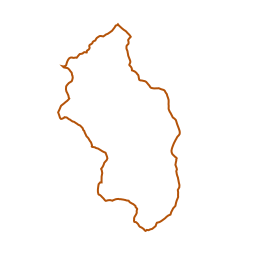 Khar, Pemagatsel, Bhutan, rotated 314°
{"feature_id": "84629894B26310020901724", "entity_name": "Khar", "entity_type": "district", "adm_level": 2, "iso_a3": "BTN", "parent_name": "Bhutan", "parent_adm1": "Pemagatsel", "projection": "natural_earth1", "projection_center": [91.394, 26.945], "detail": "fine", "context": "isolated", "style": "outline", "palette": "amber", "viewbox_px": 256, "rotation_deg": 314, "n_neighbors": 0, "source": "geoboundaries", "source_scale": "gbopen_adm2", "svg_char_len": 5269}
<svg xmlns="http://www.w3.org/2000/svg" viewBox="0 0 256 256"><g transform="rotate(314 128 128)"><path d="M132.1,192.0L132.3,191.7L132.9,190.9L133.3,190.0L133.7,189.2L134.1,188.4L134.4,187.7L135.1,187.3L135.9,186.7L137.2,185.9L137.9,185.5L138.2,185.3L138.7,184.7L139.3,184.4L139.8,184.3L140.1,184.0L140.2,183.2L140.0,182.5L140.0,181.5L140.0,179.7L140.0,178.2L140.2,177.7L140.5,177.0L140.9,176.2L141.8,175.1L143.5,174.0L145.1,173.2L147.7,172.1L149.3,171.5L152.0,170.7L152.9,170.4L154.0,170.2L155.1,169.8L156.2,169.6L157.1,169.6L158.0,169.6L158.7,169.5L159.6,169.3L160.1,168.9L161.0,168.1L161.8,167.0L162.7,165.3L163.2,164.3L164.0,162.6L165.0,160.5L166.5,157.8L166.8,157.2L167.0,156.7L167.0,155.8L167.0,154.9L166.9,153.9L166.8,153.4L166.7,152.9L167.4,151.0L167.7,150.1L168.3,148.4L168.7,146.7L169.5,144.8L170.0,143.9L172.3,141.8L173.3,140.6L174.8,139.3L176.4,137.7L177.5,135.8L178.5,133.7L179.3,132.5L179.5,131.3L179.9,129.7L180.3,128.6L180.3,128.0L180.1,127.1L179.3,125.6L178.8,124.6L178.4,123.5L178.2,123.1L178.0,122.5L177.4,122.0L176.4,121.0L174.6,119.3L173.7,118.0L173.0,116.9L172.9,116.3L172.9,115.5L173.0,114.8L173.3,114.2L173.4,113.4L173.4,112.5L173.6,111.3L173.7,110.0L173.8,109.0L173.4,107.6L172.7,106.5L171.8,105.0L170.9,103.9L170.6,103.2L170.5,102.8L170.7,102.2L171.0,101.8L172.1,100.2L172.5,99.8L173.2,98.5L173.2,97.8L173.2,97.2L173.4,96.4L173.5,95.5L173.3,93.3L172.9,92.5L172.6,91.5L172.2,90.8L172.8,90.1L173.2,89.7L173.6,89.1L173.9,88.1L174.1,87.4L174.1,86.3L174.1,85.5L174.4,85.0L175.2,84.7L176.2,84.3L177.0,83.9L177.7,83.2L178.2,82.2L178.4,81.8L180.2,77.9L180.9,77.0L182.1,75.3L183.0,74.1L183.5,72.9L184.0,71.8L184.9,70.9L185.7,70.2L186.3,69.9L187.6,69.8L188.6,69.9L189.4,69.5L190.3,68.6L191.2,67.2L191.6,66.9L192.3,66.8L192.9,66.7L193.8,66.6L194.6,66.7L195.2,66.7L195.6,66.5L195.7,65.7L195.8,65.3L195.9,64.9L196.0,63.4L196.0,61.3L196.1,60.4L196.2,59.5L196.1,59.1L196.0,58.2L195.7,56.8L195.5,54.4L195.4,51.2L195.4,49.7L195.6,48.7L194.3,48.7L193.1,48.0L191.2,48.5L186.9,49.0L184.1,48.5L181.7,48.0L180.0,47.2L178.1,46.9L176.7,46.6L175.3,44.5L174.5,43.8L173.2,43.4L171.1,43.0L169.7,43.2L168.3,43.7L167.1,43.2L166.0,42.9L165.3,42.9L164.6,43.3L163.8,43.4L162.5,43.2L162.0,42.9L160.8,42.8L160.0,43.2L159.1,44.6L158.2,45.1L156.9,45.2L155.4,44.8L154.8,44.9L154.1,45.6L153.6,45.8L152.3,44.0L151.4,43.6L150.1,43.6L149.4,43.2L147.6,41.9L145.7,42.0L142.9,42.3L142.5,41.7L142.1,41.2L140.9,40.4L140.2,39.6L139.9,38.9L138.8,37.8L137.3,37.3L135.6,37.5L133.7,38.1L131.8,39.0L130.4,39.8L129.2,39.9L127.7,39.0L127.3,38.7L127.0,38.2L127.0,39.7L127.6,40.7L129.1,42.9L129.2,43.9L129.2,45.2L128.9,46.7L128.8,47.4L128.7,48.9L128.0,50.0L127.3,50.9L127.0,51.8L125.7,53.4L123.8,54.5L122.5,55.0L121.2,54.7L120.1,54.4L119.2,54.2L116.7,54.3L115.0,54.6L112.8,56.4L111.5,58.3L111.0,59.9L110.5,61.1L110.4,61.5L109.8,62.8L108.7,64.3L108.4,65.3L107.5,65.4L106.4,65.4L105.2,65.4L103.5,65.1L101.2,64.9L99.0,64.6L97.6,64.4L96.4,64.8L94.7,65.5L93.0,66.1L91.5,66.6L90.7,66.9L90.3,67.8L89.9,68.6L89.1,70.2L88.3,71.6L88.0,72.4L88.0,73.5L88.6,74.0L89.0,74.2L89.5,74.4L90.9,74.9L91.4,74.8L91.8,74.9L92.2,75.6L92.8,76.3L93.1,77.1L93.2,78.7L93.3,79.4L93.7,80.3L93.8,81.4L93.9,81.8L94.1,83.1L94.2,83.6L94.7,84.4L95.0,85.0L95.2,86.2L95.4,87.4L95.6,88.0L95.7,89.1L95.9,90.3L96.2,90.9L96.5,91.8L96.5,92.5L96.5,93.4L96.4,94.7L96.4,95.4L96.2,95.8L96.0,96.3L95.5,97.1L95.5,97.9L95.5,98.5L94.7,100.0L94.0,101.9L93.8,102.5L93.4,103.3L93.2,104.2L93.2,105.2L93.1,106.7L92.6,108.3L92.3,109.4L92.2,109.9L92.0,111.3L91.8,111.7L91.5,112.3L91.2,112.9L90.5,114.2L89.5,114.8L89.5,115.4L89.7,115.7L90.0,116.0L90.7,117.0L91.2,117.8L91.2,118.4L91.7,119.5L92.4,120.7L93.2,124.4L93.5,125.9L94.0,127.4L94.6,129.0L94.0,130.3L92.8,132.8L91.8,134.3L89.9,135.0L88.6,135.0L86.5,135.1L84.9,135.9L82.7,136.7L79.9,137.1L79.4,138.4L77.7,140.8L74.8,142.7L71.8,145.5L70.5,146.8L69.6,145.8L67.2,145.9L66.0,146.7L64.5,147.8L62.8,149.1L61.1,150.8L60.7,151.4L59.9,152.6L59.8,153.2L60.3,154.4L60.4,156.0L60.3,157.3L60.3,158.0L60.3,158.5L60.3,159.2L60.0,161.6L60.1,162.5L60.7,163.0L61.4,163.4L61.8,163.6L62.6,164.2L63.7,165.2L64.5,166.6L65.0,167.4L65.6,167.4L66.3,167.8L67.9,168.5L68.4,168.8L69.5,169.6L70.4,170.5L70.9,171.4L71.9,172.4L72.1,172.8L73.2,174.3L74.0,175.6L74.3,176.0L74.7,177.0L75.1,177.6L76.1,178.9L76.0,179.8L75.9,180.4L75.9,181.0L76.0,181.5L76.5,183.5L76.9,184.7L77.0,185.9L77.1,187.5L76.4,188.4L76.4,189.2L76.3,189.8L76.3,190.4L76.1,190.9L75.2,191.3L74.5,191.8L73.8,192.4L73.2,193.1L72.5,193.5L70.4,194.1L68.8,194.4L67.4,195.0L66.3,196.1L65.6,196.6L65.3,196.9L65.1,197.3L64.9,197.7L65.1,198.2L65.6,198.8L65.8,199.2L65.9,199.5L65.9,200.4L65.9,201.8L65.6,203.1L65.3,203.6L65.3,204.0L65.2,205.2L65.3,205.6L65.8,206.7L66.1,208.6L66.2,209.4L66.2,210.1L66.0,210.7L66.1,212.0L66.9,212.3L67.7,212.3L68.8,213.8L70.5,214.4L72.3,215.5L74.1,215.7L76.6,216.0L78.9,214.9L79.9,214.6L82.2,216.0L84.3,216.6L87.7,217.2L89.1,217.4L89.8,217.4L90.9,217.4L91.4,217.5L93.2,217.8L95.2,218.7L97.6,217.5L100.3,216.7L101.5,216.3L104.9,216.2L107.6,214.5L109.7,213.4L110.8,213.0L113.2,212.0L114.4,210.7L116.6,208.7L118.0,206.9L121.0,206.1L122.7,204.6L124.2,202.3L125.2,200.9L126.3,199.3L127.0,198.4L127.5,197.3L127.8,196.7L128.5,195.5L129.0,194.7L129.6,194.0L130.1,193.2L130.5,192.7L132.1,192.0Z" fill="none" stroke="#b45309" stroke-width="2"/></g></svg>